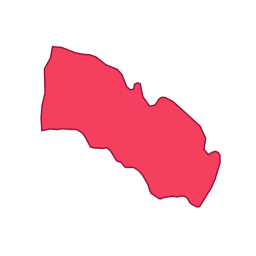 an SVG outline of Trabzon, rotated 201°
{"feature_id": "TUR-2302", "entity_name": "Trabzon", "entity_type": "Province", "adm_level": 1, "iso_a3": "TUR", "parent_name": "Turkey", "parent_adm1": "", "projection": "natural_earth1", "projection_center": [39.741, 40.811], "detail": "fine", "context": "isolated", "style": "filled", "palette": "rose", "viewbox_px": 256, "rotation_deg": 201, "n_neighbors": 0, "source": "natural_earth", "source_scale": "10m", "svg_char_len": 1136}
<svg xmlns="http://www.w3.org/2000/svg" viewBox="0 0 256 256"><g transform="rotate(201 128 128)"><path d="M32.9,80.5L34.1,79.5L35.8,79.1L40.6,79.5L43.3,80.4L47.8,84.0L51.0,84.5L53.5,83.7L57.4,81.3L60.4,80.7L62.1,80.2L69.8,75.8L70.7,75.0L71.2,74.3L72.1,73.6L73.8,73.2L82.9,75.3L85.0,77.2L88.6,81.9L97.3,89.1L102.8,92.1L108.5,93.2L111.4,92.3L114.4,90.9L117.3,90.5L121.2,93.2L122.8,93.4L126.0,93.2L127.3,93.6L135.9,100.2L138.5,101.3L141.3,101.9L143.6,100.2L152.8,97.2L156.3,96.9L164.7,104.3L168.9,107.0L174.7,108.1L177.1,107.7L181.4,106.0L184.8,105.2L190.0,103.3L193.3,101.2L200.1,99.4L207.5,94.7L212.7,106.1L216.3,118.2L218.0,131.1L227.2,153.2L225.5,165.5L227.6,177.1L224.7,177.6L218.9,179.4L204.0,179.3L196.7,180.6L189.6,182.7L183.3,182.8L171.3,179.1L158.8,178.8L152.8,175.6L144.0,166.0L139.6,164.4L138.5,165.0L136.6,166.6L137.6,171.1L135.4,173.5L132.4,173.6L125.4,162.5L115.4,156.0L110.9,159.3L109.2,166.7L107.0,169.0L104.0,169.8L95.3,168.7L61.4,155.6L51.7,146.0L49.5,135.3L43.4,131.9L41.0,135.2L38.0,137.6L34.9,137.4L32.3,135.3L29.6,128.3L28.4,111.7L28.8,102.5L32.9,80.5Z" fill="#f43f5e" stroke="#9f1239" stroke-width="1.5"/></g></svg>